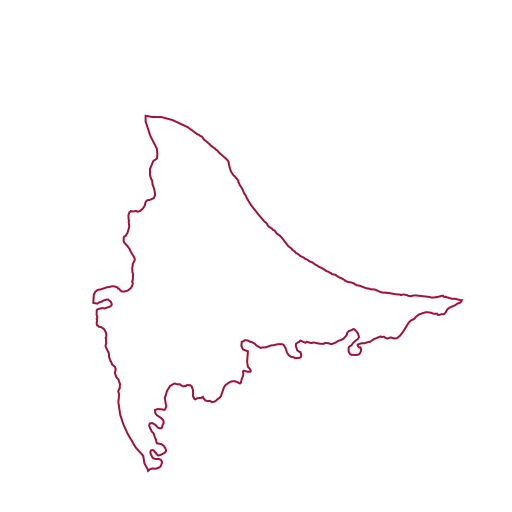 Ramón Villeda Morales, Gracias a Dios, Honduras, rotated 341°
{"feature_id": "27666195B49147516395854", "entity_name": "Ramón Villeda Morales", "entity_type": "district", "adm_level": 2, "iso_a3": "HND", "parent_name": "Honduras", "parent_adm1": "Gracias a Dios", "projection": "natural_earth1", "projection_center": [-83.403, 15.103], "detail": "fine", "context": "isolated", "style": "outline", "palette": "rose", "viewbox_px": 512, "rotation_deg": 341, "n_neighbors": 0, "source": "geoboundaries", "source_scale": "gbopen_adm2", "svg_char_len": 6073}
<svg xmlns="http://www.w3.org/2000/svg" viewBox="0 0 512 512"><g transform="rotate(341 256 256)"><path d="M84.0,424.0L86.3,423.1L88.7,423.1L91.9,424.5L95.1,424.5L96.7,424.1L98.0,423.2L100.0,420.5L100.0,419.1L99.6,417.7L98.0,416.3L95.2,415.4L93.2,414.0L92.4,412.6L92.0,407.6L93.2,405.7L94.8,405.7L96.1,406.7L96.4,407.6L96.4,408.5L97.2,409.4L97.2,410.4L98.4,412.7L100.8,413.1L105.7,412.3L107.3,411.3L107.7,410.4L107.7,408.1L106.9,405.4L105.3,403.1L101.3,400.8L101.3,398.9L101.7,397.5L101.4,395.7L101.4,390.2L100.2,387.9L100.2,386.1L99.8,384.7L99.8,381.5L100.7,380.1L101.5,379.7L102.3,380.1L103.5,380.1L105.9,382.9L107.5,386.6L108.7,387.5L110.3,388.0L111.5,387.5L112.3,385.7L114.3,383.9L114.7,382.5L114.7,380.7L113.6,378.4L110.4,374.2L109.6,371.9L110.4,368.7L112.8,368.7L114.4,369.2L117.6,370.6L118.8,371.5L119.6,371.6L120.9,370.6L122.5,368.4L122.5,366.5L123.7,360.1L125.4,358.3L127.8,354.7L132.3,351.0L136.3,350.1L137.9,350.2L139.5,351.5L142.3,352.5L142.7,353.4L144.3,355.2L145.1,355.7L146.3,355.7L147.1,356.2L147.9,355.7L149.1,355.7L151.6,356.7L152.8,358.5L152.7,362.7L150.7,368.6L151.1,369.5L151.1,370.9L151.9,371.8L154.3,371.4L157.9,372.3L159.9,371.9L159.9,372.8L161.1,376.0L162.7,377.4L165.1,377.9L166.7,379.7L169.1,380.2L171.1,379.8L172.8,378.9L176.0,378.0L177.2,377.1L182.9,369.8L185.3,368.0L190.6,366.6L192.6,366.7L195.4,367.6L196.2,368.5L197.4,369.0L198.2,370.4L199.4,371.3L200.6,370.8L201.8,368.6L205.1,364.5L205.9,362.6L205.9,361.3L206.3,360.8L207.1,360.4L210.3,362.7L213.1,363.6L213.5,363.2L213.6,361.8L213.2,359.9L212.4,358.6L212.4,357.2L213.2,353.1L217.3,343.5L213.3,340.2L212.9,336.1L214.6,332.5L216.6,332.5L218.2,332.0L221.0,333.4L222.6,335.3L224.2,336.2L226.6,339.0L227.0,340.4L230.6,344.5L232.2,344.5L235.4,345.5L241.5,345.5L243.1,346.0L247.9,346.5L251.9,347.9L253.1,348.8L253.9,352.5L253.9,357.5L254.6,360.3L256.2,362.6L258.6,364.0L259.8,365.4L263.1,366.3L265.1,366.4L266.3,365.0L266.7,363.6L266.7,361.3L265.9,360.9L264.3,358.6L264.4,354.0L265.2,352.1L267.6,351.3L268.8,351.3L270.4,350.4L274.4,354.1L276.0,353.6L279.2,355.9L280.4,356.4L282.1,356.4L287.7,359.7L291.3,361.1L292.9,360.6L296.9,362.5L297.7,363.4L298.9,363.9L302.5,363.9L305.8,363.1L309.4,363.1L311.8,362.7L315.9,360.4L317.5,358.1L319.5,357.2L322.3,357.2L324.3,356.8L325.1,357.3L326.3,359.6L327.1,362.3L327.1,366.0L325.1,367.8L323.0,368.3L319.0,370.1L317.4,371.4L314.2,372.3L313.8,372.8L312.5,376.4L312.9,379.2L314.1,380.6L319.3,382.4L321.3,382.5L322.5,382.0L324.6,379.7L325.0,378.4L325.0,376.5L324.2,376.5L323.8,376.1L323.0,374.2L323.0,373.3L323.8,372.8L327.8,372.9L329.9,373.8L334.3,373.9L335.9,374.3L340.3,373.0L347.6,372.6L348.4,373.5L350.8,374.0L351.6,375.4L353.2,376.8L356.8,376.8L360.0,379.1L362.4,379.6L366.1,378.3L370.9,375.1L378.6,368.8L381.4,367.4L385.1,367.0L387.1,365.7L391.1,364.3L398.0,364.4L399.6,364.9L403.2,366.7L404.0,367.6L405.6,368.6L408.4,369.5L408.8,370.9L410.4,371.4L412.4,371.4L414.8,372.3L416.4,371.4L419.7,368.7L422.1,367.8L428.2,367.4L431.4,366.5L433.8,366.6L435.0,366.1L436.2,364.8L435.1,364.4L429.8,361.0L427.8,360.5L423.0,357.2L422.2,356.3L421.3,356.3L420.1,355.4L419.8,354.4L417.7,354.0L413.7,353.9L412.9,353.4L411.7,353.4L408.5,352.5L406.5,351.1L394.5,345.4L391.6,344.5L389.6,344.5L388.4,344.0L386.8,343.1L386.0,342.1L382.8,340.3L380.4,340.2L379.6,339.3L376.0,337.9L369.6,334.2L368.8,334.1L367.6,333.2L366.8,333.2L366.4,332.7L364.8,332.3L362.3,330.9L357.2,326.2L353.5,324.8L352.7,323.9L349.9,322.5L344.3,317.8L341.5,316.4L341.1,315.5L340.3,315.0L339.9,314.1L337.9,312.3L334.3,310.4L332.3,308.5L331.9,307.6L329.5,304.8L328.3,303.9L325.5,300.7L325.2,299.7L321.9,297.9L321.2,296.5L320.0,295.5L319.6,294.6L317.6,293.2L316.8,291.8L313.2,287.7L311.6,286.3L310.8,284.9L309.6,284.0L306.8,279.8L305.2,278.9L303.2,276.1L301.6,274.7L300.8,273.3L298.0,270.5L296.0,267.3L294.8,266.4L294.0,264.1L292.4,262.2L292.1,260.8L289.7,257.1L286.5,247.5L285.3,244.7L283.0,241.5L281.8,237.8L280.6,236.9L279.8,235.0L277.8,232.7L277.0,230.9L277.0,229.5L276.2,227.6L275.4,226.7L272.3,218.9L267.9,206.4L266.8,201.4L266.0,197.2L266.0,195.4L265.2,193.1L264.9,188.1L263.7,183.5L263.7,181.6L263.3,180.7L263.8,179.3L263.0,176.6L262.2,175.2L262.2,174.3L261.0,172.4L259.8,167.8L259.9,164.1L260.3,160.0L260.7,158.6L260.3,156.3L259.5,154.5L255.2,147.1L253.6,143.4L252.8,142.5L252.0,140.7L249.2,137.0L248.0,134.2L244.8,129.1L243.7,125.4L242.5,124.5L241.3,122.6L240.1,121.7L233.5,112.1L221.1,100.1L211.9,93.9L203.0,90.7L197.3,87.5L195.4,92.9L195.2,108.2L197.2,122.3L196.0,127.4L194.2,131.5L189.8,132.8L184.1,139.2L182.0,145.6L182.0,149.2L182.4,151.1L181.5,154.3L181.5,159.8L180.7,164.8L180.3,165.7L178.2,168.0L173.8,168.4L171.4,167.9L169.4,168.8L166.9,172.5L163.7,174.8L162.9,174.8L161.2,175.7L158.4,175.6L157.2,174.2L155.6,174.2L154.0,173.8L152.4,172.8L152.0,173.3L150.8,173.3L148.8,175.6L147.5,179.7L147.5,181.0L146.7,182.4L145.9,186.5L144.2,189.3L141.8,192.5L139.0,194.7L137.7,194.7L136.9,195.6L135.7,198.8L135.7,200.2L137.7,204.8L138.9,208.9L138.8,210.3L140.4,217.7L140.4,219.0L140.0,220.4L136.7,223.6L136.3,225.0L135.1,226.8L133.9,230.9L133.9,233.2L131.4,239.1L130.6,239.6L130.6,241.9L128.9,244.2L127.3,245.5L123.7,246.9L120.1,246.8L117.7,245.9L116.9,245.0L115.7,242.2L114.9,241.8L114.9,240.8L112.1,238.5L109.2,237.6L106.8,237.6L105.6,237.1L97.6,237.0L96.4,236.6L94.7,236.6L91.9,237.9L90.7,239.3L90.3,239.3L87.0,247.0L87.0,247.5L90.6,249.4L92.2,248.9L95.5,248.9L96.7,248.5L100.7,248.5L101.9,249.0L103.9,252.2L103.9,254.5L103.5,255.4L101.9,256.3L95.8,256.3L93.8,255.3L91.4,254.9L89.0,254.8L87.8,255.3L86.1,259.9L86.1,261.7L85.7,263.1L84.9,263.5L84.9,264.9L83.3,268.1L83.2,269.9L84.0,270.4L84.4,271.8L86.4,272.7L88.4,275.5L88.8,276.4L88.8,277.8L89.2,279.2L88.8,281.9L88.0,283.7L87.2,284.6L87.2,285.6L85.9,289.7L84.7,291.5L84.3,292.9L85.1,299.3L85.1,301.1L84.2,303.4L84.2,308.0L84.6,308.5L84.6,311.7L86.6,314.9L86.6,316.7L86.2,317.2L86.2,318.1L84.5,320.4L84.5,324.5L84.9,326.3L85.7,327.7L85.7,332.8L84.0,336.9L83.2,337.3L81.6,339.2L81.6,342.4L78.3,349.2L75.9,362.0L75.8,372.2L76.8,382.5L79.9,397.9L84.3,408.2L83.0,415.8L84.1,422.2L84.0,424.0Z" fill="none" stroke="#9f1239" stroke-width="2"/></g></svg>